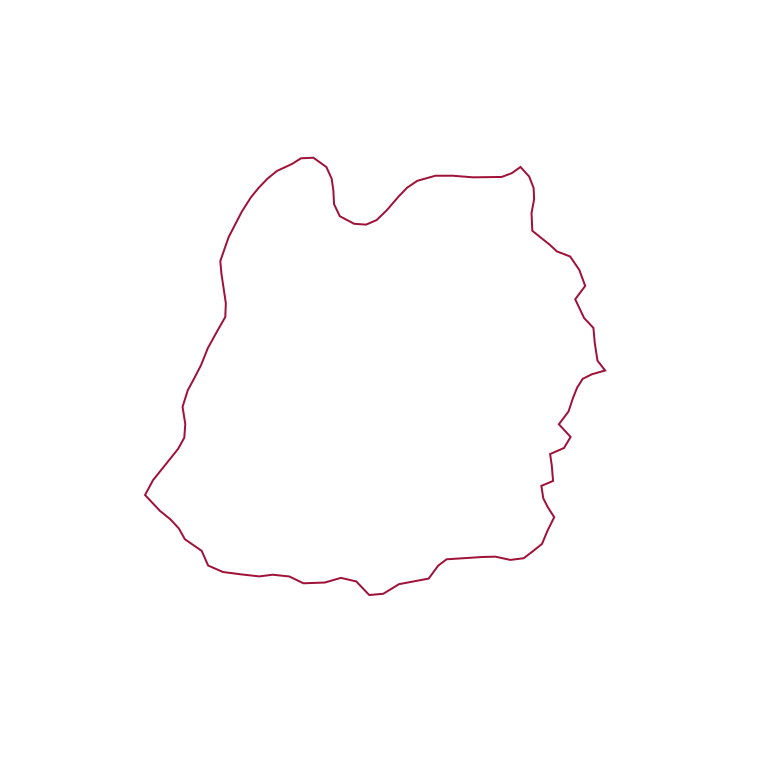 Itapuí, São Paulo, Brazil, rotated 42°
{"feature_id": "56859067B79816747151857", "entity_name": "Itapuí", "entity_type": "district", "adm_level": 2, "iso_a3": "BRA", "parent_name": "Brazil", "parent_adm1": "São Paulo", "projection": "robinson", "projection_center": [-48.701, -22.25], "detail": "fine", "context": "isolated", "style": "outline", "palette": "rose", "viewbox_px": 768, "rotation_deg": 42, "n_neighbors": 0, "source": "geoboundaries", "source_scale": "gbopen_adm2", "svg_char_len": 1389}
<svg xmlns="http://www.w3.org/2000/svg" viewBox="0 0 768 768"><g transform="rotate(42 384 384)"><path d="M340.2,131.4L337.9,141.8L332.9,151.4L311.8,170.9L295.5,183.4L282.8,194.9L272.8,210.7L269.8,222.7L269.4,234.7L269.8,253.3L268.8,267.1L264.0,277.6L254.6,284.9L238.9,288.9L226.6,283.8L216.8,274.0L207.8,266.5L196.0,261.3L180.1,263.1L171.3,271.8L168.4,282.0L161.9,297.3L160.0,309.3L159.6,322.5L160.2,334.4L163.0,351.1L170.3,378.9L180.1,402.2L189.5,410.9L212.4,429.8L221.2,440.4L225.1,458.2L229.1,475.3L235.4,492.4L239.5,508.0L242.3,519.8L249.6,535.8L263.1,546.7L271.5,557.5L274.4,570.0L276.7,610.0L280.7,626.4L302.4,628.2L315.9,627.5L328.1,628.6L339.9,632.6L360.2,630.0L374.8,636.6L390.1,631.5L404.9,621.3L420.1,610.4L428.9,600.2L442.4,590.4L457.5,586.0L472.9,571.1L481.7,556.9L495.5,549.3L514.2,550.7L523.8,540.4L529.1,522.7L547.4,498.7L545.8,482.7L547.8,472.4L572.9,446.7L582.3,437.8L595.6,430.2L604.4,420.0L606.5,408.7L608.4,397.1L603.8,384.0L599.6,369.1L587.7,365.8L578.9,362.4L569.1,354.4L574.5,342.9L563.1,332.2L554.3,324.9L560.6,311.1L558.1,298.5L540.9,296.9L539.5,280.9L533.9,268.2L529.9,257.3L528.2,247.1L532.0,237.6L539.3,226.0L527.0,223.8L513.2,212.5L502.1,202.2L488.6,201.1L469.4,193.1L467.9,176.5L452.7,168.5L437.0,164.7L423.7,169.8L414.3,169.6L391.7,170.9L379.2,158.2L371.9,146.2L364.0,138.2L353.1,132.7L340.2,131.4Z" fill="none" stroke="#9f1239" stroke-width="2"/></g></svg>